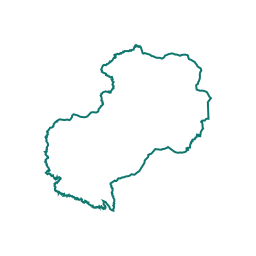 outline of Bosomtwe, Ashanti, Ghana, rotated 307°
{"feature_id": "2480657B90441463194933", "entity_name": "Bosomtwe", "entity_type": "district", "adm_level": 2, "iso_a3": "GHA", "parent_name": "Ghana", "parent_adm1": "Ashanti", "projection": "robinson", "projection_center": [-1.515, 6.558], "detail": "fine", "context": "isolated", "style": "outline", "palette": "teal", "viewbox_px": 256, "rotation_deg": 307, "n_neighbors": 0, "source": "geoboundaries", "source_scale": "gbopen_adm2", "svg_char_len": 5700}
<svg xmlns="http://www.w3.org/2000/svg" viewBox="0 0 256 256"><g transform="rotate(307 128 128)"><path d="M43.7,148.3L44.9,150.3L45.3,150.1L45.7,150.7L45.6,150.2L46.1,150.4L46.6,151.2L46.5,151.6L47.1,151.9L47.0,152.4L48.0,152.2L47.7,152.9L48.1,152.6L48.1,153.3L48.6,153.5L48.0,153.7L49.0,154.3L48.7,155.1L49.1,155.1L49.3,155.9L48.7,156.0L48.6,156.9L49.0,156.9L48.7,157.2L50.0,158.3L51.3,157.7L52.0,156.7L52.1,155.3L52.7,154.2L54.4,153.2L54.8,152.3L55.4,154.9L54.9,155.9L54.0,160.1L52.6,162.5L52.6,164.5L53.2,166.1L54.6,164.9L55.6,164.9L56.8,164.1L57.1,163.0L58.1,163.2L58.5,162.4L59.5,162.4L59.6,161.7L61.0,161.3L62.8,160.0L63.5,158.1L64.6,157.4L64.6,156.2L65.0,156.1L66.2,154.3L66.5,154.6L66.8,154.0L68.8,153.3L70.0,152.3L70.2,151.7L70.6,151.8L70.8,150.1L71.6,149.4L71.9,149.5L72.5,147.9L73.3,147.4L78.1,149.1L78.0,149.7L78.6,150.5L80.0,150.9L80.7,150.5L82.2,150.7L82.9,152.1L85.1,153.1L85.5,153.9L87.8,155.3L90.5,157.9L93.1,158.6L94.6,161.3L98.7,162.3L100.1,163.0L110.1,162.1L112.2,160.9L116.7,161.5L117.6,161.3L118.5,160.4L119.2,160.9L119.8,160.8L121.5,162.1L127.6,162.5L130.6,167.6L132.1,168.4L133.3,169.7L135.9,171.2L136.9,171.4L137.0,179.5L137.6,181.5L138.7,183.4L140.0,184.4L140.5,185.7L142.8,187.7L143.7,188.3L144.8,188.4L146.0,187.9L146.2,189.0L146.7,189.2L147.0,188.1L146.6,187.5L147.0,186.9L147.9,187.4L149.6,189.3L152.5,187.5L153.8,187.6L154.4,186.8L156.2,187.5L156.5,186.7L157.6,186.6L159.2,188.1L160.8,187.6L161.9,188.3L164.3,187.1L164.8,188.1L163.7,190.3L164.4,189.5L164.4,190.2L164.6,189.8L165.0,190.6L165.3,190.4L164.8,189.9L165.0,189.2L166.6,189.7L168.2,188.7L171.6,188.1L172.7,188.4L173.5,187.2L176.5,184.5L177.2,183.6L176.8,183.0L177.1,182.6L178.6,182.8L180.1,184.8L182.1,184.9L183.4,185.9L183.8,186.7L196.7,176.2L201.7,176.3L201.8,174.6L204.0,169.8L203.9,168.0L202.9,165.4L200.8,162.5L200.0,159.7L203.0,156.8L203.8,156.7L205.5,157.3L206.8,156.5L208.2,156.4L211.3,155.3L213.9,153.2L216.0,152.1L218.0,152.0L219.3,150.2L219.0,146.6L219.9,144.9L220.3,142.8L220.8,141.9L220.4,137.5L219.7,135.2L221.0,133.2L221.8,132.6L221.9,131.3L220.8,129.2L218.4,126.6L217.4,126.5L216.9,125.8L216.1,122.9L215.0,121.4L214.8,120.0L214.0,118.2L211.6,116.1L208.0,114.0L205.9,114.3L203.9,113.4L203.1,111.0L201.4,108.8L200.7,106.6L200.6,105.1L199.7,103.8L199.8,101.6L197.9,96.2L196.8,95.7L196.6,94.7L200.0,90.0L200.5,88.5L200.2,88.0L200.1,88.3L199.4,88.1L198.9,86.9L199.3,86.7L198.8,85.9L199.1,85.2L197.8,85.1L198.2,84.2L197.3,84.2L197.2,84.8L196.1,84.5L194.0,85.3L192.4,83.9L191.7,84.1L191.4,83.7L191.4,82.8L190.8,82.7L190.8,83.0L189.7,82.3L189.6,81.8L187.3,79.0L186.7,79.1L186.1,78.2L185.4,78.6L184.9,78.4L183.5,77.1L183.1,77.5L182.6,76.8L181.4,76.4L180.9,74.8L179.3,74.4L179.3,73.9L178.3,73.1L177.5,73.9L177.7,74.6L177.1,74.8L177.3,75.3L176.9,75.7L176.3,75.6L175.3,74.4L172.9,74.8L171.0,74.4L170.6,73.9L170.2,74.1L170.2,73.6L167.9,73.7L166.7,73.1L166.5,72.7L164.9,72.7L164.1,70.9L162.8,70.4L158.6,71.4L158.2,72.1L158.3,72.5L157.6,72.8L157.5,73.5L157.0,73.9L158.1,77.8L157.1,78.5L157.5,79.1L157.3,79.8L157.7,80.2L157.5,80.8L157.9,81.8L157.7,81.9L158.1,83.6L159.1,84.4L157.8,86.4L157.4,86.6L157.0,86.1L156.9,86.7L156.2,86.9L155.8,87.8L156.0,88.8L153.3,89.4L152.8,91.4L152.0,91.4L151.2,92.5L150.8,92.6L150.5,92.0L147.3,92.3L146.7,91.9L146.8,92.2L145.8,92.8L145.0,91.8L145.2,90.4L144.7,90.4L143.8,88.2L142.1,86.9L140.8,86.4L139.7,86.6L139.2,86.1L137.8,86.9L137.3,86.8L137.0,87.8L135.7,89.3L133.9,90.2L134.1,91.3L133.3,92.3L132.6,92.3L132.4,93.5L132.1,93.8L130.0,93.6L129.2,93.1L128.2,93.5L125.4,93.2L123.3,94.3L121.2,93.3L119.5,90.4L118.0,89.1L113.0,88.6L111.6,87.9L110.3,86.7L108.3,83.2L107.7,80.0L106.2,76.3L104.5,75.9L102.9,76.7L101.2,76.8L99.8,76.8L99.0,76.4L98.1,74.3L96.1,72.5L93.8,68.2L91.1,67.0L90.7,67.4L90.4,66.8L89.4,66.9L89.0,66.5L86.5,66.3L86.0,66.7L84.6,67.0L84.3,67.5L82.5,66.9L81.5,65.7L78.0,65.8L76.5,65.4L76.1,65.9L76.1,66.7L75.2,67.0L74.6,67.9L73.1,67.5L72.7,68.1L72.0,67.8L71.6,68.6L70.9,67.9L69.5,70.2L68.4,70.6L67.4,73.3L66.1,74.6L63.6,74.8L63.4,75.2L62.8,75.3L62.3,76.2L61.3,76.1L60.4,77.3L59.5,77.3L59.4,76.4L59.0,76.1L58.8,77.1L58.2,77.7L57.3,77.9L56.8,80.3L57.0,81.0L56.4,82.0L55.9,82.2L55.6,81.7L52.7,81.4L52.1,82.4L51.6,82.3L51.6,82.7L50.8,82.8L50.7,84.1L50.3,84.9L49.4,85.2L49.5,85.8L48.6,86.8L48.4,88.4L46.9,91.0L45.9,90.7L46.1,90.2L45.6,89.5L43.4,89.6L42.8,89.4L42.6,91.5L44.1,92.2L44.4,92.9L44.2,93.4L44.5,93.8L43.9,94.5L43.7,95.8L44.6,96.0L45.1,96.6L44.4,97.2L43.2,100.1L43.5,100.6L43.7,100.2L44.3,100.3L44.0,100.8L44.5,100.7L45.0,101.4L45.8,101.1L45.5,101.5L45.9,101.4L46.6,102.7L46.9,102.4L47.4,102.8L47.3,104.5L46.4,104.8L44.7,104.2L44.4,104.6L41.4,104.4L41.5,103.5L39.2,102.9L38.8,103.8L38.2,103.7L37.2,104.5L37.1,105.8L35.5,106.2L34.4,107.1L34.2,108.3L34.7,108.6L34.4,109.0L35.1,110.2L34.6,110.6L34.7,111.4L34.1,111.9L35.4,111.8L35.1,114.0L35.5,114.2L35.2,114.5L35.8,115.2L35.3,115.5L35.8,115.9L35.3,115.9L35.9,116.2L35.7,116.7L36.1,116.7L36.1,117.2L36.4,117.2L36.0,117.6L36.3,118.3L35.9,118.2L36.6,118.9L36.9,119.8L37.3,119.8L37.2,120.4L37.9,120.6L37.4,120.8L38.7,121.4L38.6,122.0L38.9,122.1L38.7,122.4L39.1,122.5L39.6,124.6L40.0,124.6L40.0,125.0L39.8,124.9L39.6,125.5L39.9,125.2L40.3,126.1L40.0,126.3L40.3,126.5L40.2,128.6L40.9,128.7L40.9,129.0L40.5,129.0L41.0,129.4L40.7,129.6L41.2,129.8L40.8,130.1L41.3,130.3L40.9,131.4L41.1,132.0L41.5,131.9L41.5,132.3L42.9,133.6L43.3,133.4L43.2,134.2L41.8,135.0L42.0,135.8L41.6,136.7L42.0,138.0L42.6,138.0L42.6,137.6L43.2,138.2L43.6,137.9L43.6,138.3L44.0,138.4L43.8,138.9L44.1,139.1L44.3,138.8L44.4,139.3L44.1,140.3L44.5,141.0L43.8,141.0L44.0,141.4L43.4,142.5L43.8,143.5L43.6,144.8L44.3,145.8L44.1,146.3L44.4,146.5L43.8,146.9L44.4,147.4L44.3,148.1L44.0,147.6L43.7,148.3Z" fill="none" stroke="#0f766e" stroke-width="2"/></g></svg>